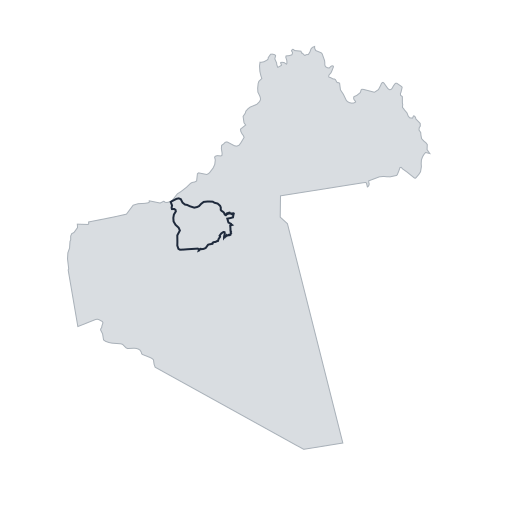 Gourma-Rharous, Timbuktu, Mali (highlighted), rotated 171°
{"feature_id": "8926073B81360088660364", "entity_name": "Gourma-Rharous", "entity_type": "district", "adm_level": 2, "iso_a3": "MLI", "parent_name": "Mali", "parent_adm1": "Timbuktu", "projection": "natural_earth1", "projection_center": [-2.501, 16.02], "detail": "fine", "context": "in_parent", "style": "outline", "palette": "slate", "viewbox_px": 512, "rotation_deg": 171, "n_neighbors": 0, "source": "geoboundaries", "source_scale": "gbopen_adm2", "svg_char_len": 6097}
<svg xmlns="http://www.w3.org/2000/svg" viewBox="0 0 512 512"><g transform="rotate(171 256 256)"><path d="M87.9,394.1L88.1,392.1L86.6,390.7L86.6,390.0L87.5,384.2L87.4,382.7L88.1,379.8L87.1,378.4L86.8,377.5L84.5,373.7L83.8,370.5L82.6,368.4L79.8,367.7L78.7,369.5L78.1,369.8L77.0,368.5L76.7,367.4L76.7,366.4L73.1,361.3L73.4,358.6L74.7,357.2L75.3,354.9L74.0,352.2L74.2,349.6L74.1,346.0L72.0,342.9L70.6,341.5L69.4,339.3L70.4,334.3L68.3,330.0L72.3,331.7L74.2,330.1L76.0,327.9L77.6,325.0L78.4,321.4L78.7,318.3L80.3,313.5L82.3,311.2L86.2,307.9L87.3,308.2L93.7,315.3L97.4,318.9L98.7,320.8L99.9,320.9L101.8,317.4L103.7,314.3L104.5,313.6L111.0,313.2L114.4,313.8L117.4,314.6L121.7,314.9L132.9,312.6L133.1,311.2L132.9,309.5L133.4,308.2L134.4,307.1L135.2,306.8L135.5,310.8L136.4,311.5L139.1,311.6L222.4,311.6L226.0,290.6L219.9,283.0L199.5,57.7L239.1,57.6L245.9,62.8L373.0,161.9L373.6,165.1L373.5,169.5L374.5,170.8L376.3,172.2L383.6,176.5L384.2,177.3L384.4,179.1L385.3,181.2L386.8,182.5L388.6,183.4L390.8,184.0L397.4,184.7L398.8,185.7L401.6,189.6L403.2,190.4L412.0,192.5L414.9,193.6L418.0,195.3L419.7,197.0L419.7,203.1L421.0,207.1L420.9,208.1L419.5,209.7L419.2,210.9L417.6,214.0L418.0,215.3L421.1,217.7L422.6,218.4L424.3,218.4L443.0,214.2L443.7,271.6L443.0,272.5L442.6,282.7L441.3,288.6L438.9,293.0L437.4,299.6L436.5,300.9L435.9,304.7L434.5,306.9L432.1,307.7L427.8,312.0L427.5,315.4L417.4,313.5L416.7,313.5L416.2,314.0L416.0,315.8L390.1,316.8L377.4,317.6L369.4,325.4L364.2,326.1L357.7,325.4L354.3,325.4L353.0,325.8L352.8,327.2L342.4,323.3L338.6,324.5L338.0,324.1L337.5,323.3L335.6,322.8L332.6,323.0L330.5,323.6L323.9,329.7L320.4,331.2L313.8,334.8L309.3,338.0L307.6,338.6L305.0,338.7L302.9,339.4L301.0,346.4L299.7,347.1L291.9,344.2L290.3,344.7L288.9,345.5L284.6,349.6L282.4,352.9L281.2,357.2L281.4,360.1L280.6,360.9L278.6,361.2L275.0,360.3L273.9,360.7L273.4,362.8L273.4,367.5L272.6,370.7L270.5,371.7L268.8,373.0L267.5,373.3L266.4,373.0L260.1,368.3L257.9,367.5L255.5,368.0L253.3,370.1L249.2,375.0L249.6,376.8L250.7,378.9L251.5,381.4L251.5,383.7L245.7,387.0L247.0,389.4L246.9,395.9L244.2,398.8L243.3,400.7L240.7,402.8L238.4,404.0L231.4,405.7L228.5,407.8L227.2,409.5L226.9,411.3L227.2,413.3L228.5,417.6L228.1,421.5L226.9,426.0L225.8,428.1L222.5,430.4L223.0,433.4L223.3,437.6L222.8,443.1L221.7,446.8L221.0,446.5L217.8,446.6L214.4,447.8L213.2,448.7L212.9,450.0L210.0,453.0L208.1,452.8L206.3,452.0L205.4,451.2L205.3,450.7L206.4,448.3L206.5,447.5L205.4,443.3L205.6,442.3L205.1,439.0L204.9,438.9L201.1,440.3L201.0,440.9L201.5,442.9L201.1,443.3L199.8,443.2L197.9,442.6L195.9,440.7L195.4,441.3L195.1,442.8L195.0,444.5L195.5,447.7L195.0,448.9L191.8,448.7L189.1,449.1L188.4,450.2L188.1,451.5L188.8,452.9L188.7,453.5L187.5,454.4L187.0,454.3L185.5,452.8L179.6,451.3L179.1,449.1L178.5,449.1L176.6,446.5L175.8,446.5L175.1,447.0L172.8,446.8L170.8,449.1L169.3,451.9L167.7,453.2L165.3,453.8L165.6,452.1L164.9,449.6L159.8,446.5L159.0,445.2L157.7,438.2L157.8,436.1L158.1,434.3L158.0,432.9L157.4,431.8L155.9,430.7L154.3,430.2L152.3,431.6L151.3,431.9L150.4,431.8L149.9,431.3L150.0,430.6L152.2,426.8L153.3,425.2L155.5,423.4L156.0,422.5L156.1,421.8L155.9,421.2L154.4,420.5L152.2,418.8L151.0,418.6L150.0,417.8L149.0,415.1L148.5,414.5L147.4,414.3L146.4,413.6L146.6,406.9L144.4,402.0L142.5,395.7L141.5,394.2L139.8,392.9L137.6,392.0L135.7,391.8L133.5,392.5L133.5,393.1L134.7,395.1L134.9,396.2L134.7,397.3L134.3,398.1L131.4,398.8L127.4,401.1L126.1,403.7L125.2,404.1L123.7,403.7L113.4,399.2L109.0,401.2L106.1,405.1L105.4,406.4L104.1,407.6L103.4,407.6L102.6,406.8L99.6,400.8L98.3,399.4L96.7,399.3L95.3,400.3L93.8,402.3L92.0,404.2L90.8,404.8L89.8,404.5L85.5,400.4L85.3,399.6L87.3,394.8L87.9,394.1Z" fill="#d9dde1" stroke="#a8b0b8" stroke-width="1"/><path d="M311.7,270.3L311.0,270.5L310.4,271.6L309.9,271.8L309.3,271.7L308.9,271.3L306.9,271.2L305.8,271.4L304.4,271.8L304.1,272.1L301.6,274.6L300.4,274.8L298.6,274.8L297.9,275.0L297.4,274.8L296.9,275.0L296.7,275.8L296.1,276.2L295.4,276.3L294.6,276.3L294.1,276.2L293.4,276.3L292.7,276.7L292.2,276.8L291.8,276.7L291.3,276.7L290.4,278.4L290.4,278.5L290.2,278.7L289.4,279.6L288.6,280.4L288.4,280.9L288.8,281.7L286.8,283.7L284.4,284.8L283.4,284.5L283.3,283.7L283.4,282.7L283.8,281.9L284.6,279.8L284.7,279.2L284.5,279.4L284.4,279.6L284.2,279.6L283.9,279.4L283.8,279.5L283.8,279.8L283.7,280.0L283.3,280.1L283.1,280.1L282.9,280.0L282.7,280.1L282.6,280.3L282.3,280.4L282.2,280.5L281.9,281.0L281.7,281.2L281.4,280.7L281.2,280.7L280.6,280.6L280.4,280.7L280.3,280.8L280.1,280.9L279.9,281.1L279.7,281.2L279.4,281.2L279.3,280.9L279.2,280.8L278.9,280.7L278.7,280.9L278.3,280.9L278.1,280.9L277.9,281.0L277.9,281.3L277.8,281.6L277.7,281.7L277.5,281.9L277.4,282.0L277.3,282.3L277.0,282.5L277.1,282.8L277.2,283.0L277.3,283.4L277.3,283.5L277.2,284.1L276.9,284.3L277.1,284.8L277.2,285.2L277.2,285.5L277.2,285.8L277.1,286.1L277.0,286.3L276.7,290.1L274.8,290.4L275.0,290.6L275.2,290.8L275.4,290.9L275.6,291.3L275.6,291.6L278.0,293.4L278.5,297.4L275.0,297.5L272.9,297.8L272.7,297.8L271.7,300.6L271.3,301.3L271.5,301.7L272.0,301.8L272.8,301.7L272.8,301.3L272.9,301.0L273.0,300.9L273.3,301.0L273.5,301.2L273.6,301.6L274.0,302.0L274.3,302.0L274.5,302.0L274.8,301.9L275.1,301.9L275.2,302.0L275.3,302.1L275.3,302.4L275.3,302.7L275.2,302.8L275.3,303.0L275.7,303.0L277.2,302.8L277.3,302.6L277.3,302.3L277.3,301.9L277.6,301.8L277.9,302.0L278.0,302.6L278.3,302.6L278.6,302.2L278.8,301.7L279.1,301.4L279.3,301.0L279.8,301.1L280.0,301.7L280.5,302.1L280.6,302.9L280.9,303.7L281.3,304.4L282.1,305.2L283.0,306.0L283.6,307.1L283.2,309.4L283.6,311.2L285.7,313.8L288.7,315.1L290.2,316.4L292.0,316.8L295.3,317.4L299.2,317.6L302.0,316.1L304.4,314.2L306.4,313.6L309.4,313.4L313.6,315.5L316.0,317.2L318.1,317.9L320.2,320.2L321.4,323.9L323.3,325.0L325.6,324.9L330.8,323.2L331.0,323.1L331.5,322.8L331.8,322.7L331.0,319.0L331.8,317.0L331.7,315.5L329.4,315.2L328.3,314.2L328.2,312.6L330.6,309.8L331.7,306.6L332.0,303.0L330.6,299.4L328.0,296.1L327.2,293.1L330.5,288.7L331.3,283.2L331.5,281.9L332.1,278.6L331.5,275.2L330.1,274.1L326.7,273.7L322.8,273.4L312.3,272.4L311.2,271.2L311.7,270.3Z" fill="none" stroke="#1e293b" stroke-width="2"/></g></svg>